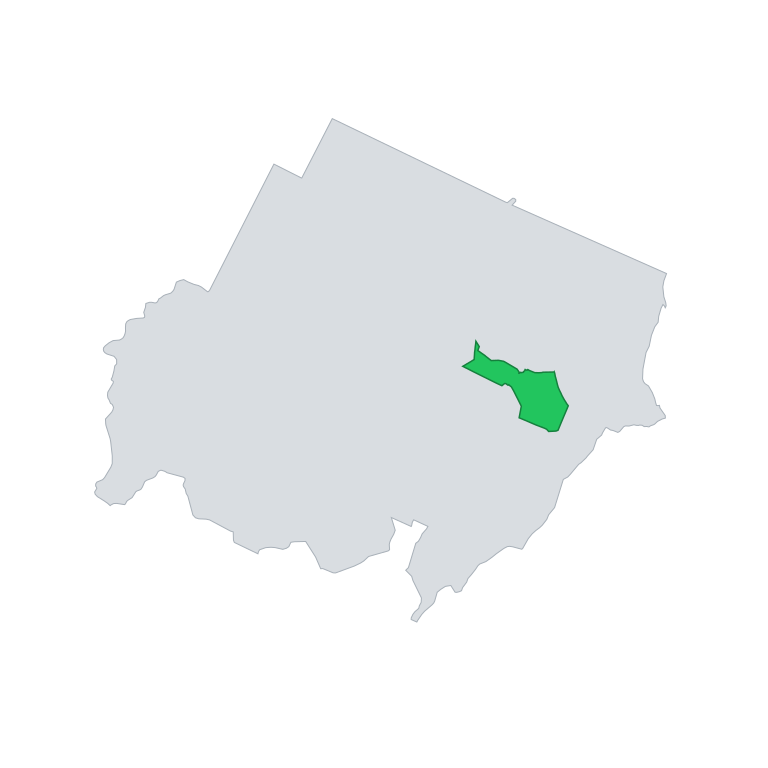 Ad Damar, River Nile, Sudan (highlighted), rotated 24°
{"feature_id": "16777658B48152145505779", "entity_name": "Ad Damar", "entity_type": "district", "adm_level": 2, "iso_a3": "SDN", "parent_name": "Sudan", "parent_adm1": "River Nile", "projection": "orthographic", "projection_center": [33.881, 17.119], "detail": "fine", "context": "in_parent", "style": "filled", "palette": "green", "viewbox_px": 768, "rotation_deg": 24, "n_neighbors": 0, "source": "geoboundaries", "source_scale": "gbopen_adm2", "svg_char_len": 5548}
<svg xmlns="http://www.w3.org/2000/svg" viewBox="0 0 768 768"><g transform="rotate(24 384 384)"><path d="M510.8,588.1L504.6,588.1L504.0,586.6L504.1,582.6L504.8,579.6L507.0,574.8L506.5,572.2L506.8,568.4L505.2,564.2L490.4,551.8L487.5,548.4L479.6,545.3L481.0,541.8L477.8,516.6L479.4,513.7L479.9,509.3L479.8,505.4L481.8,499.0L482.0,496.2L466.3,496.0L466.1,498.8L466.8,501.9L466.8,503.1L445.0,503.0L453.7,513.0L454.0,517.3L453.5,522.7L453.6,526.2L454.1,528.5L456.4,532.9L456.3,533.7L455.7,534.8L440.1,547.8L437.5,553.9L435.4,557.1L430.9,562.4L416.6,576.3L414.3,577.2L403.5,577.5L402.4,577.8L401.5,578.5L401.1,578.3L391.9,569.9L376.5,559.7L366.2,564.6L363.3,566.5L363.2,571.3L361.7,573.7L358.8,576.2L351.2,577.7L347.2,579.1L342.5,581.6L337.8,586.0L337.5,588.3L337.9,590.4L311.7,589.6L310.0,587.9L306.4,580.4L303.7,580.8L279.9,579.1L276.5,579.8L269.6,582.5L266.2,582.9L262.7,581.4L250.5,566.3L247.8,564.4L245.1,560.8L242.5,559.2L241.6,558.0L241.4,556.5L241.5,553.3L240.7,551.2L238.7,550.7L221.9,553.3L219.5,552.9L216.0,553.3L214.8,553.8L213.3,555.7L213.0,559.7L212.5,561.7L211.1,563.8L206.2,568.6L205.1,570.7L205.2,576.2L204.8,578.9L204.0,580.1L201.9,582.1L201.1,583.3L200.1,590.2L197.4,594.3L196.7,595.8L196.5,598.8L196.1,599.7L188.4,601.8L185.6,603.2L183.8,605.5L183.3,606.5L180.1,605.4L176.0,604.6L168.1,603.5L165.0,602.2L163.6,600.4L164.1,596.2L163.4,595.3L162.1,594.5L161.3,592.6L161.6,590.4L165.9,585.8L166.8,583.2L168.3,571.0L168.1,567.2L165.0,560.2L157.8,547.9L156.1,545.4L147.0,535.1L146.0,533.6L143.8,529.3L146.7,520.4L146.9,517.9L146.4,515.3L144.1,513.2L142.0,512.9L139.3,510.3L137.5,509.1L136.0,506.8L135.0,503.8L136.2,493.2L135.7,491.7L133.4,491.2L132.8,490.4L133.0,488.3L132.0,482.1L130.7,477.0L131.6,474.3L129.8,470.4L126.1,468.5L118.6,469.3L116.3,468.9L114.7,468.1L113.6,466.7L113.1,465.0L113.8,462.5L116.1,458.1L118.9,454.5L124.4,451.5L125.9,449.7L126.9,447.8L127.1,445.5L126.9,443.0L126.4,440.8L124.9,437.7L123.6,434.2L123.7,431.8L124.5,430.2L126.0,428.3L131.5,424.6L137.1,421.7L138.1,420.6L137.8,419.2L135.4,416.3L134.9,411.0L133.7,407.3L136.6,404.7L138.7,403.8L141.9,403.1L143.2,402.1L143.7,399.9L143.7,397.8L144.9,396.3L146.6,393.0L147.9,391.5L152.2,387.8L153.3,385.3L153.7,382.9L152.9,375.4L155.5,372.5L158.6,370.1L163.0,370.5L169.9,370.3L174.5,369.5L177.8,369.7L185.3,371.5L186.1,370.9L186.6,369.0L194.0,227.9L224.7,229.4L225.1,229.2L228.8,162.6L421.3,168.4L422.9,168.2L426.0,162.0L427.3,161.5L429.3,161.9L430.0,163.4L428.3,168.5L597.2,168.2L597.7,175.8L599.2,181.9L604.2,190.5L608.3,195.1L609.9,197.7L610.0,198.9L609.9,200.0L608.6,198.7L606.5,197.9L606.3,202.0L607.4,210.3L609.3,216.1L608.1,221.6L608.5,230.7L610.9,241.7L610.6,248.7L614.5,265.1L618.1,274.1L620.1,276.3L622.3,277.5L626.4,278.2L632.6,282.7L637.5,287.5L639.3,290.0L641.7,292.8L643.3,292.2L644.3,291.5L645.9,293.7L653.7,298.4L654.9,300.7L652.2,303.0L649.1,306.9L647.6,310.5L646.8,311.6L644.3,313.9L643.9,315.0L642.8,315.7L641.6,315.8L639.0,317.1L636.6,316.7L634.3,317.5L633.4,318.3L631.5,319.1L628.9,319.6L625.0,322.7L621.5,324.2L620.4,325.4L618.6,331.5L617.3,333.1L612.2,333.3L609.6,333.9L606.2,333.3L604.5,333.4L604.1,334.7L603.5,339.9L603.6,342.1L600.8,348.0L601.8,359.0L599.1,367.3L598.7,369.2L596.0,375.8L594.5,378.2L591.0,390.5L589.7,394.2L586.6,398.2L590.1,427.5L587.6,436.5L587.8,441.4L586.0,448.7L584.6,452.0L582.3,456.1L580.3,460.6L578.7,466.6L577.6,477.8L577.1,478.9L567.7,480.4L564.8,481.2L562.8,482.4L560.4,485.4L555.7,493.3L553.2,498.2L549.3,504.8L544.7,509.5L543.7,511.8L543.0,516.1L541.3,522.8L539.8,527.6L540.1,531.4L538.6,538.1L538.9,541.3L537.3,543.1L535.1,544.8L533.6,545.3L527.0,540.9L522.4,543.9L519.5,548.3L517.3,552.6L518.6,561.8L518.5,563.8L517.8,566.0L513.5,575.1L512.2,579.2L510.9,586.4L510.8,588.1Z" fill="#d9dde1" stroke="#a8b0b8" stroke-width="1"/><path d="M448.8,335.8L450.9,335.9L451.7,336.0L453.2,336.0L460.2,336.4L469.5,336.8L486.3,337.5L492.4,337.6L494.0,334.5L494.8,334.2L495.5,334.1L496.1,334.2L496.1,334.3L496.5,334.4L496.8,334.5L497.2,334.6L497.3,334.6L497.6,334.6L497.8,334.6L498.0,334.2L498.2,333.9L498.5,334.0L499.0,334.2L500.2,334.5L501.5,334.8L505.3,337.6L510.8,342.1L511.7,342.8L517.5,347.6L518.5,348.5L520.3,356.1L521.1,359.5L521.2,359.9L525.3,359.8L539.7,359.6L548.7,359.1L550.8,359.2L551.0,359.2L552.4,359.8L553.7,360.4L560.3,357.0L561.8,355.5L561.6,348.7L561.4,339.3L561.3,333.0L561.2,329.6L561.2,329.0L560.1,328.3L558.9,327.7L556.7,326.1L555.7,325.5L554.6,324.7L551.3,322.2L549.1,320.2L547.0,318.5L545.7,317.3L544.4,316.1L542.5,313.8L540.5,311.2L538.1,308.2L537.4,307.4L535.9,305.2L535.6,304.8L535.5,304.6L535.3,304.4L534.6,303.7L534.6,303.8L534.4,303.9L533.7,304.2L533.2,304.5L528.7,306.6L524.4,308.6L523.5,309.4L520.4,311.0L519.3,311.4L517.2,312.3L512.3,312.5L512.2,312.5L511.0,312.5L509.5,312.3L509.3,312.8L509.2,313.1L508.9,313.3L508.7,313.3L508.6,313.2L508.3,313.4L508.1,313.5L507.8,313.5L507.5,313.5L507.4,313.5L507.1,313.4L507.1,313.5L507.0,313.8L507.1,314.1L507.1,314.5L507.1,314.9L506.6,315.6L506.5,316.6L506.3,316.7L506.0,316.9L505.4,317.4L505.0,317.7L504.2,317.7L503.8,318.0L503.5,318.3L503.6,318.6L503.6,318.8L503.4,319.0L502.9,319.3L502.8,319.1L502.7,318.9L502.7,318.7L502.3,318.0L499.5,316.3L486.5,314.8L484.1,314.6L479.0,315.8L472.4,319.0L464.5,317.0L464.5,316.9L460.7,316.2L457.9,315.6L456.3,315.3L456.1,315.3L455.8,311.1L450.6,307.6L450.8,308.2L451.5,310.4L452.1,312.5L453.2,315.8L453.9,318.3L454.5,319.8L456.4,325.0L455.2,326.7L454.8,327.3L454.5,327.8L452.7,330.3L452.2,331.1L451.8,331.5L450.1,334.0L449.5,334.8L448.8,335.8L448.8,335.8Z" fill="#22c55e" stroke="#15803d" stroke-width="1.5"/></g></svg>